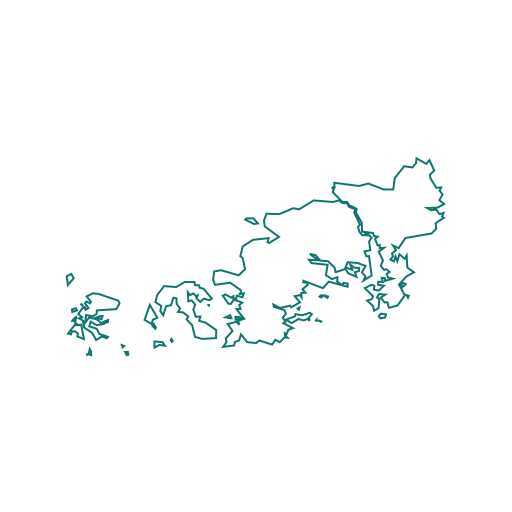 Nggela, Central, Solomon Islands (Robinson projection), rotated 301°
{"feature_id": "97153195B87016285227025", "entity_name": "Nggela", "entity_type": "district", "adm_level": 2, "iso_a3": "SLB", "parent_name": "Solomon Islands", "parent_adm1": "Central", "projection": "robinson", "projection_center": [160.166, -9.023], "detail": "fine", "context": "isolated", "style": "outline", "palette": "teal", "viewbox_px": 512, "rotation_deg": 301, "n_neighbors": 0, "source": "geoboundaries", "source_scale": "gbopen_adm2", "svg_char_len": 6187}
<svg xmlns="http://www.w3.org/2000/svg" viewBox="0 0 512 512"><g transform="rotate(301 256 256)"><path d="M348.2,306.6L345.9,303.0L346.4,298.5L341.9,294.1L333.3,276.8L318.3,269.0L316.0,263.2L303.9,254.4L297.7,243.3L290.6,244.5L285.9,248.2L284.2,265.8L273.9,260.6L273.7,258.8L277.8,257.6L268.3,245.1L257.4,239.7L247.8,242.6L247.3,245.7L239.1,253.4L230.5,251.1L225.8,233.3L221.2,228.1L213.4,231.6L210.2,235.7L219.8,247.7L218.9,260.4L216.4,262.3L214.5,260.9L217.7,264.7L213.6,265.6L212.2,260.0L209.5,261.0L208.0,258.4L209.9,257.3L207.6,256.3L207.3,249.7L204.9,247.9L200.9,256.9L201.9,259.1L207.2,259.4L208.9,268.2L205.3,266.9L202.7,270.0L200.4,266.7L196.0,278.2L191.2,274.0L188.5,277.1L189.5,273.1L183.1,266.8L179.6,274.5L169.8,272.5L167.0,275.1L161.2,274.6L168.0,283.3L171.3,282.2L174.9,285.0L181.1,283.5L177.6,292.8L181.5,301.0L185.3,302.4L188.3,315.4L194.2,315.8L194.4,320.8L201.8,322.6L204.7,320.5L204.5,322.5L209.4,321.7L213.2,324.8L212.5,314.0L214.9,315.2L216.9,310.7L221.9,311.4L224.3,308.3L221.6,297.5L223.4,295.9L223.8,303.3L231.0,310.8L230.1,312.5L238.9,317.6L241.5,309.9L245.1,313.8L244.0,316.4L247.7,313.8L250.0,317.3L251.4,313.0L257.9,315.2L259.3,313.0L257.8,310.1L259.2,309.4L262.9,329.9L271.5,331.6L276.8,350.3L279.6,348.8L278.0,344.8L275.5,344.9L275.9,338.7L279.8,336.7L275.3,333.0L275.6,325.8L285.3,321.9L278.5,307.2L280.1,303.3L284.3,311.5L285.5,301.0L287.4,306.5L285.2,313.6L288.6,320.3L286.6,329.3L283.1,332.6L290.9,339.3L288.7,343.9L289.8,352.9L293.0,349.1L296.2,352.0L298.9,350.6L296.7,346.7L297.0,341.5L293.8,345.6L292.3,338.6L297.9,337.8L302.3,346.6L303.9,355.1L296.5,355.2L294.9,360.4L290.3,360.8L298.8,365.2L314.1,352.9L312.5,350.8L315.8,346.6L319.9,351.0L326.6,345.5L331.2,345.6L332.1,342.6L328.5,336.4L330.0,332.2L333.4,328.5L336.6,328.9L343.8,317.8L347.2,317.1L346.1,310.4L348.2,306.6ZM427.6,355.3L422.7,354.5L422.4,343.3L417.9,345.4L412.4,344.4L409.3,336.8L394.2,334.8L383.7,339.4L378.7,330.9L376.0,315.0L369.1,308.3L359.1,285.4L355.4,287.9L350.3,288.8L346.8,302.3L349.2,306.0L347.5,309.8L348.3,317.8L344.4,319.7L339.1,329.4L331.5,334.4L336.0,344.4L333.9,346.8L335.2,350.3L331.9,349.3L327.7,354.8L329.2,356.4L326.4,358.0L328.8,361.4L323.0,359.0L317.5,367.1L311.9,368.0L310.0,372.7L311.9,374.6L311.1,378.7L307.7,377.2L305.6,380.3L307.1,385.0L301.1,379.4L303.4,377.9L302.0,375.0L299.1,378.1L296.9,374.0L294.2,375.3L296.4,381.0L289.5,378.9L287.9,374.3L291.4,372.9L290.9,369.9L284.5,365.8L281.8,377.1L278.7,377.5L275.0,374.2L273.5,381.9L269.9,385.5L274.5,387.9L282.5,384.0L282.9,381.1L286.8,381.0L289.5,386.7L284.6,384.4L282.4,390.2L284.0,392.5L280.1,396.7L286.4,402.8L299.0,403.8L305.2,393.3L315.9,395.4L323.4,399.8L324.0,391.7L334.0,384.9L330.1,385.0L331.4,378.1L324.3,379.7L327.5,375.8L322.4,377.0L322.2,373.1L326.2,373.6L328.4,371.2L333.0,373.1L335.5,368.0L336.1,374.2L348.4,374.8L365.7,394.9L372.2,396.4L376.6,393.1L385.5,397.3L385.6,395.2L389.5,394.6L386.4,391.7L388.6,386.5L385.4,382.4L385.3,378.0L390.9,386.6L397.4,390.5L398.3,384.4L404.8,384.3L406.6,379.7L410.1,379.4L407.3,375.4L412.3,365.8L415.0,363.2L421.0,364.7L427.6,355.3ZM201.9,216.6L197.0,208.3L188.4,203.7L182.8,192.7L171.8,191.4L164.7,193.5L164.4,200.5L159.4,202.4L157.5,207.0L166.5,204.8L170.2,208.5L177.6,206.7L178.7,209.6L174.1,212.7L172.0,217.9L167.9,218.0L170.1,222.5L169.3,229.0L165.9,229.1L163.8,236.9L155.3,245.4L157.1,252.4L165.1,264.1L172.0,260.0L172.9,247.0L171.2,240.6L175.4,239.5L172.9,235.7L177.8,229.9L183.0,228.8L184.8,223.7L182.2,221.4L189.8,216.3L188.5,219.6L191.7,221.6L190.5,225.2L192.2,226.2L189.0,226.9L187.9,231.9L192.5,233.1L194.1,238.8L196.7,240.1L200.9,227.9L199.7,223.9L201.6,222.4L199.6,218.8L201.9,216.6ZM146.8,161.0L142.4,140.5L140.0,135.4L134.1,131.7L131.7,138.2L129.9,138.1L129.6,134.1L127.3,133.8L125.1,139.2L122.1,137.6L124.0,135.7L121.3,134.0L114.8,133.6L113.8,138.5L111.4,136.4L111.5,141.1L106.2,145.3L105.6,155.4L101.6,162.3L107.5,165.2L108.7,170.5L110.4,170.7L108.5,161.7L111.6,157.0L109.8,149.3L114.6,148.1L114.6,154.9L118.5,159.6L119.8,152.5L117.3,144.7L110.7,143.9L117.9,140.9L120.5,147.4L124.4,149.2L127.4,147.6L138.5,163.6L145.0,163.5L146.8,161.0ZM159.4,190.2L143.9,193.4L143.9,201.4L148.2,200.4L152.3,203.2L159.4,190.2ZM107.0,141.6L103.0,136.0L92.7,134.9L93.5,137.8L96.7,137.1L98.3,140.2L97.7,143.4L95.0,144.3L96.2,151.3L107.0,141.6ZM235.1,331.4L229.1,326.2L226.5,319.8L224.2,320.4L217.1,314.7L216.7,321.0L223.9,324.9L225.2,329.7L228.7,332.9L234.9,333.8L235.1,331.4ZM134.0,220.2L130.5,213.0L125.2,216.1L130.0,219.0L132.2,224.2L134.0,220.2ZM145.5,106.9L141.2,104.2L134.3,109.7L143.0,111.2L145.5,106.9ZM287.0,234.5L283.3,228.4L281.6,228.0L282.4,237.8L284.9,240.9L287.0,234.5ZM272.9,397.4L270.9,392.7L267.6,392.2L266.6,394.7L269.9,398.3L272.9,397.4ZM125.5,155.4L123.5,152.7L121.1,150.9L122.1,156.1L125.5,155.4ZM145.1,203.1L142.9,203.0L141.7,207.1L143.1,207.0L145.1,203.1ZM90.6,161.4L85.4,163.2L86.2,165.8L89.3,163.7L90.6,161.4ZM309.0,398.8L308.4,395.3L307.0,394.3L305.0,397.6L309.0,398.8ZM107.8,195.5L106.3,193.3L104.5,196.3L105.7,197.4L107.8,195.5ZM118.5,128.6L115.4,125.8L113.4,127.4L117.2,130.6L118.5,128.6ZM189.9,267.0L192.0,264.3L187.7,261.5L189.9,267.0ZM194.9,272.5L193.2,269.8L190.9,271.3L192.3,272.8L194.9,272.5ZM110.9,133.3L109.3,132.4L105.8,131.9L107.4,134.7L110.9,133.3ZM258.4,338.6L257.1,334.5L256.9,338.8L258.4,338.6ZM125.0,162.2L120.9,159.0L119.9,160.5L123.3,163.0L125.0,162.2ZM111.0,189.3L110.5,186.9L109.0,188.8L111.0,189.3ZM300.6,407.4L300.0,405.2L298.5,407.8L300.6,407.4ZM233.5,345.6L232.9,342.1L233.0,345.5L233.5,345.6ZM257.0,334.2L255.7,331.8L253.9,331.4L254.1,333.2L257.0,334.2ZM141.4,226.2L139.9,226.1L139.0,228.2L140.2,228.4L141.4,226.2ZM195.8,276.8L195.7,274.8L193.7,274.3L195.8,276.8ZM232.1,320.4L234.4,319.8L232.4,318.7L232.1,320.4ZM202.1,325.3L202.5,323.0L201.5,324.3L202.1,325.3ZM227.7,335.2L229.0,334.5L228.5,334.0L227.7,335.2ZM124.8,132.3L124.6,130.2L124.0,133.1L124.8,132.3ZM354.8,287.8L354.8,286.6L352.7,286.4L354.8,287.8ZM332.3,339.5L332.1,338.2L331.0,338.3L332.3,339.5ZM105.5,137.2L105.6,135.3L104.8,136.2L105.5,137.2ZM231.7,341.3L232.6,340.7L231.6,340.6L231.7,341.3ZM188.7,241.7L189.8,240.9L189.4,240.5L188.7,241.7ZM85.6,163.0L85.0,161.9L84.4,162.2L85.6,163.0Z" fill="none" stroke="#0f766e" stroke-width="2"/></g></svg>